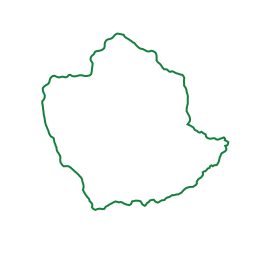 União de Minas, Minas Gerais, Brazil (orthographic projection), rotated 146°
{"feature_id": "56859067B72130138195353", "entity_name": "União de Minas", "entity_type": "district", "adm_level": 2, "iso_a3": "BRA", "parent_name": "Brazil", "parent_adm1": "Minas Gerais", "projection": "orthographic", "projection_center": [-50.35, -19.408], "detail": "fine", "context": "isolated", "style": "outline", "palette": "green", "viewbox_px": 256, "rotation_deg": 146, "n_neighbors": 0, "source": "geoboundaries", "source_scale": "gbopen_adm2", "svg_char_len": 4177}
<svg xmlns="http://www.w3.org/2000/svg" viewBox="0 0 256 256"><g transform="rotate(146 128 128)"><path d="M174.3,69.4L173.7,67.7L172.8,66.5L171.8,65.1L170.0,63.3L168.0,63.3L166.7,64.2L165.4,64.9L164.1,64.1L162.2,63.5L160.9,62.5L159.6,61.4L158.6,60.2L158.6,58.4L158.8,56.6L158.2,55.4L157.6,54.1L155.9,54.3L154.7,55.0L153.2,55.1L151.8,55.0L150.5,55.7L148.4,55.0L146.7,54.0L146.6,52.2L146.0,50.6L145.1,49.6L143.6,49.3L142.0,49.3L140.7,49.2L139.5,48.6L137.9,47.9L136.3,48.5L134.1,48.4L132.6,47.7L130.7,47.7L128.8,47.6L127.8,46.7L126.2,46.2L124.5,45.6L123.4,44.8L122.0,44.8L120.4,44.5L119.0,44.7L117.0,45.3L114.6,45.7L112.9,45.6L111.2,45.1L109.6,44.5L108.3,43.7L107.1,42.9L105.4,42.9L103.5,42.8L101.9,43.5L101.3,44.8L99.9,45.6L98.0,46.3L95.2,46.1L92.5,47.0L91.3,48.3L90.8,49.5L89.3,49.5L87.9,48.9L85.9,49.4L84.3,49.8L82.9,49.3L81.4,50.4L79.6,50.3L79.1,48.9L77.4,48.9L76.3,48.3L75.1,47.7L73.6,48.3L71.7,49.3L70.6,50.2L69.3,51.4L68.3,52.5L66.8,53.2L65.7,54.2L64.4,54.7L62.7,54.5L60.3,54.4L58.7,54.9L57.8,56.4L57.4,58.9L55.5,58.2L54.0,58.9L52.8,60.1L53.5,62.0L54.6,63.8L53.5,64.9L53.8,66.6L55.4,66.9L57.2,67.5L59.1,67.7L60.5,68.5L61.4,69.6L61.9,71.1L63.6,72.1L65.3,72.8L66.6,73.8L67.8,75.4L68.1,77.5L67.2,79.1L68.0,80.8L68.7,82.0L69.2,83.8L71.0,84.0L72.1,85.3L72.3,86.8L73.0,87.9L73.7,89.3L73.5,91.1L73.7,92.5L74.6,94.1L75.4,95.9L76.6,97.7L74.7,98.3L73.0,99.1L71.9,100.1L71.1,101.7L70.6,103.3L70.4,105.1L70.2,107.4L70.0,109.2L69.1,110.4L68.0,111.9L66.5,113.3L65.0,114.5L64.0,116.0L63.1,117.3L62.2,118.8L60.8,120.5L59.8,122.8L59.5,124.3L58.9,125.6L58.1,127.2L57.8,129.0L57.7,130.4L57.8,131.8L56.8,133.1L56.0,134.6L54.9,136.3L53.3,138.0L53.1,139.8L53.2,141.6L54.6,143.0L55.5,144.2L56.3,145.3L57.4,146.4L58.2,147.9L58.9,149.3L59.7,150.4L61.4,150.8L62.4,152.0L62.7,153.6L63.1,154.9L64.2,155.8L65.3,156.6L65.6,158.8L65.5,160.6L65.5,162.2L65.8,163.7L66.5,165.9L66.5,168.1L65.4,169.6L64.5,171.0L63.8,172.2L63.1,174.1L63.3,175.9L64.1,177.4L65.2,178.8L66.6,179.3L68.1,179.9L69.2,180.8L69.9,182.0L70.5,183.2L71.6,185.1L73.2,186.8L74.1,188.4L74.6,190.3L75.0,192.6L75.2,195.1L76.1,196.3L76.5,197.9L77.1,199.3L77.8,201.2L78.8,203.2L79.4,204.5L79.7,206.0L79.4,207.6L80.5,208.6L81.6,209.9L82.9,211.2L84.0,212.2L85.5,212.5L87.5,212.3L89.1,211.8L90.3,211.5L91.6,211.5L93.1,211.9L94.6,212.5L96.3,212.9L97.8,212.5L99.2,211.8L100.5,210.5L101.6,208.8L103.1,207.5L105.5,207.2L107.7,207.7L109.5,208.5L110.8,209.1L112.1,209.6L113.5,209.2L114.6,208.5L115.9,208.2L117.8,208.0L119.3,207.3L120.5,206.2L121.0,204.7L121.1,202.6L121.2,201.3L122.1,200.2L123.2,198.9L124.7,197.3L126.0,195.7L127.3,194.3L128.4,193.3L129.7,193.0L131.1,193.3L132.7,194.0L134.1,194.7L135.2,195.8L136.7,197.4L138.4,198.7L139.8,199.2L141.2,199.7L142.9,200.3L144.5,201.5L145.6,202.9L146.0,204.3L147.4,205.0L149.6,204.4L151.2,204.8L152.3,205.7L153.1,206.8L154.2,207.5L155.8,208.0L157.3,208.8L158.6,210.5L159.5,212.2L161.3,213.2L163.5,213.0L165.0,212.4L166.6,211.0L167.7,210.0L169.1,209.3L170.5,209.2L171.9,209.4L173.9,209.3L175.5,209.1L176.7,208.3L177.3,207.2L177.9,206.0L178.2,204.5L178.4,202.9L178.8,201.5L179.9,200.0L181.3,199.0L182.5,198.5L184.1,198.1L185.4,196.1L186.2,194.2L187.2,192.3L188.2,190.3L189.2,188.2L190.3,186.4L190.9,184.6L191.6,183.0L192.2,181.7L193.2,179.7L193.9,177.9L194.4,176.4L194.7,174.6L195.1,172.9L195.4,171.3L195.6,170.0L196.4,168.0L196.7,165.4L196.6,163.8L195.7,162.3L195.3,161.0L195.9,159.9L196.6,158.2L197.2,156.6L197.4,154.9L198.0,153.5L198.0,152.1L198.9,150.8L199.4,149.3L199.8,147.4L199.6,145.7L199.8,144.3L199.9,142.7L200.6,141.3L201.8,139.8L202.6,138.4L203.2,137.1L203.2,135.0L203.1,133.4L202.6,132.1L201.4,131.4L200.2,130.6L199.0,129.9L198.2,128.6L197.7,127.2L197.2,125.1L196.7,123.4L196.5,122.0L196.0,120.5L195.6,118.9L195.2,117.2L195.0,115.2L194.7,113.8L194.6,112.2L195.2,110.3L195.9,108.5L196.4,106.7L197.2,104.8L198.4,103.2L199.9,102.0L200.3,99.5L200.4,97.5L200.4,95.5L200.3,93.6L200.1,91.8L200.0,90.5L200.7,89.0L200.3,87.0L200.2,85.2L200.9,83.6L202.2,82.5L202.0,80.3L200.9,78.4L199.2,78.0L197.0,77.3L195.8,76.3L194.7,75.1L192.8,74.2L190.6,75.2L188.5,74.9L186.2,75.0L184.5,74.7L181.9,74.5L179.5,74.1L178.1,72.7L177.3,71.5L175.6,70.8L174.3,69.4Z" fill="none" stroke="#15803d" stroke-width="2"/></g></svg>